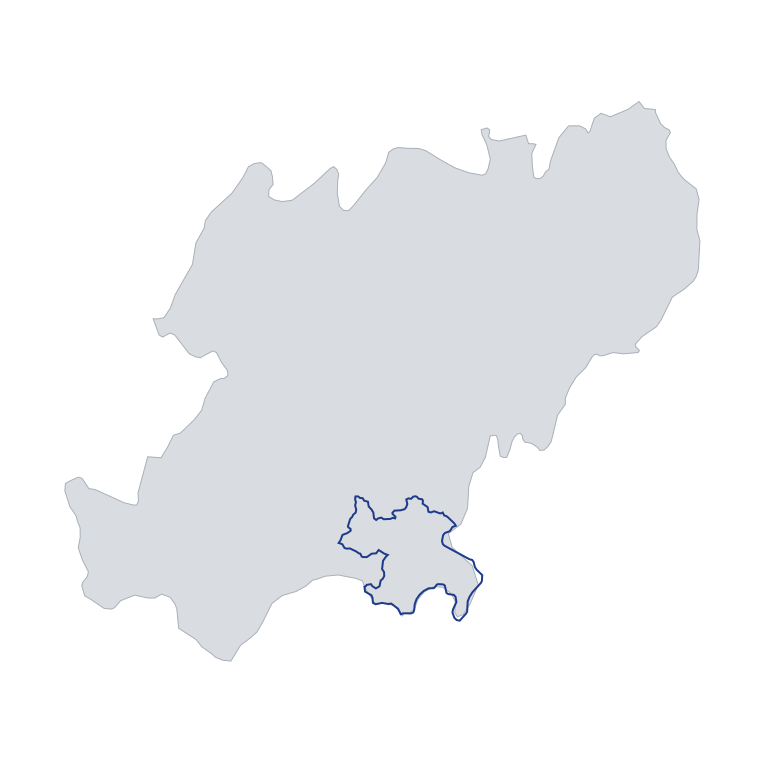 location of Borski within Republic of Serbia, rotated 87°
{"feature_id": "SRB-125", "entity_name": "Borski", "entity_type": "District", "adm_level": 1, "iso_a3": "SRB", "parent_name": "Republic of Serbia", "parent_adm1": "", "projection": "natural_earth1", "projection_center": [22.104, 44.305], "detail": "medium", "context": "in_parent", "style": "outline", "palette": "blue", "viewbox_px": 768, "rotation_deg": 87, "n_neighbors": 0, "source": "natural_earth", "source_scale": "10m", "svg_char_len": 5207}
<svg xmlns="http://www.w3.org/2000/svg" viewBox="0 0 768 768"><g transform="rotate(87 384 384)"><path d="M441.3,280.6L462.5,286.6L472.1,292.3L477.2,299.8L490.7,304.7L512.7,307.1L528.1,314.7L536.7,327.6L550.7,324.5L570.2,305.4L589.4,300.4L608.2,309.6L618.5,317.1L620.3,322.9L615.9,325.3L605.4,324.2L596.8,327.8L590.0,336.2L589.0,345.1L593.8,354.6L600.5,361.2L609.1,364.8L613.7,369.7L614.3,376.0L616.6,377.8L611.7,380.7L606.3,385.0L603.3,392.5L602.6,404.6L585.8,414.1L579.5,415.8L576.7,422.1L572.3,439.9L572.9,453.2L575.1,460.0L576.2,465.6L581.6,472.4L586.6,482.8L589.9,496.6L597.2,507.3L615.8,517.8L625.1,523.9L632.0,532.8L637.2,540.8L652.7,551.4L651.5,559.0L648.2,566.5L644.6,570.0L637.0,579.6L629.5,584.9L617.2,601.8L597.8,602.7L593.1,604.1L585.8,608.7L582.2,617.1L585.7,623.9L585.4,630.7L581.8,644.1L586.6,658.3L593.4,664.9L594.5,668.6L593.4,675.3L583.1,688.9L580.0,693.9L569.7,696.4L566.2,695.1L560.9,690.4L556.0,689.0L543.7,694.5L531.3,697.9L521.4,695.4L511.8,695.0L505.0,697.3L500.0,698.2L490.0,704.1L474.1,708.3L466.7,707.4L464.0,701.9L461.0,694.0L462.5,690.4L473.0,684.2L474.2,678.2L489.0,649.7L491.8,640.4L491.9,637.3L488.1,635.3L480.0,635.4L444.3,623.8L446.0,610.5L435.5,603.3L424.2,597.0L422.3,589.8L409.8,575.4L400.6,567.4L388.9,563.4L378.9,557.4L372.8,553.8L370.1,547.1L370.1,543.2L367.1,539.3L362.2,539.7L354.0,545.1L343.8,549.7L342.0,553.0L345.6,561.0L348.2,566.0L347.0,570.8L343.7,576.9L324.1,590.4L321.9,595.1L325.6,602.6L323.2,606.1L306.8,611.1L307.2,607.0L306.3,600.3L296.9,593.3L283.8,587.8L254.5,569.0L243.2,566.6L233.2,564.4L218.8,555.4L211.4,553.8L203.2,547.4L185.4,525.8L170.3,514.0L160.0,508.0L157.1,502.2L156.5,496.3L156.9,494.3L164.9,485.8L171.0,484.6L178.8,484.3L183.9,488.6L190.6,489.5L194.4,484.0L196.5,476.1L195.7,466.1L179.7,442.7L165.9,426.4L164.3,422.8L167.4,419.8L172.3,418.2L177.5,419.5L191.1,420.7L204.2,419.2L208.7,415.2L208.8,409.9L204.0,404.9L188.9,391.5L177.1,379.7L163.2,370.7L152.8,367.1L149.8,362.5L148.6,357.6L149.8,348.6L150.6,337.2L153.2,330.0L162.7,316.4L171.8,302.0L177.5,288.2L180.6,275.3L179.6,271.6L174.9,268.9L165.1,266.1L151.3,268.6L139.6,273.2L135.1,273.6L133.7,267.8L135.5,265.3L139.2,265.6L142.1,266.7L145.4,264.1L147.4,256.3L142.9,229.4L151.6,227.0L151.8,223.1L152.6,219.7L161.5,224.4L174.2,224.5L185.2,223.5L186.9,220.9L186.8,217.0L184.6,214.0L180.7,211.6L177.9,207.9L170.4,206.2L147.2,196.5L135.9,186.2L136.4,175.3L139.8,169.3L143.8,167.2L142.7,165.2L129.6,160.1L125.0,153.1L129.0,144.0L122.4,125.8L115.3,114.5L122.5,109.6L123.5,102.7L124.1,98.7L127.0,98.7L138.5,94.1L142.7,90.3L145.1,85.9L147.9,84.8L155.4,89.6L163.5,90.0L172.5,87.0L179.3,82.8L187.5,79.3L191.2,76.9L195.9,73.1L205.5,62.0L216.2,59.7L230.5,62.5L246.0,63.5L257.6,61.0L287.0,64.2L293.3,66.8L297.3,69.6L305.0,79.2L312.3,91.5L322.5,97.2L334.7,104.0L341.0,108.9L350.1,123.7L357.4,131.0L359.8,130.6L362.3,128.7L364.0,127.2L365.9,128.6L366.0,133.1L366.4,143.0L364.6,153.6L367.2,163.7L367.2,166.8L365.4,169.7L365.6,172.2L368.2,175.0L378.1,181.6L387.2,191.8L397.9,199.1L407.7,203.7L413.9,204.0L424.1,212.3L444.3,218.2L450.7,220.3L455.1,223.7L458.3,227.6L458.5,231.9L455.4,233.9L451.1,239.6L449.3,246.6L446.0,248.4L442.8,248.5L440.4,250.5L441.0,253.5L443.6,256.4L447.8,259.0L455.9,261.6L463.8,265.4L463.7,268.4L462.1,271.7L452.0,272.9L444.5,273.4L441.0,274.8L441.3,280.6Z" fill="#d9dde1" stroke="#a8b0b8" stroke-width="1"/><path d="M614.8,379.3L609.2,381.7L603.7,388.2L603.7,390.1L604.1,390.6L602.5,397.4L603.5,403.9L602.0,406.5L597.0,406.7L594.3,407.6L590.3,413.8L585.4,414.1L585.0,412.8L583.7,411.8L583.2,407.5L585.4,406.1L587.7,402.8L585.8,399.1L580.1,397.6L578.4,395.4L575.7,393.8L571.8,393.8L568.7,395.6L560.5,394.2L556.4,391.0L554.9,389.2L553.4,392.6L549.5,398.0L552.7,400.7L552.8,405.2L555.9,410.1L555.7,414.4L555.0,415.4L552.2,416.5L551.7,418.2L549.9,420.3L546.4,426.7L546.5,429.6L545.7,432.0L541.8,434.0L540.4,437.6L538.1,435.8L532.5,433.3L531.0,428.5L528.8,425.0L526.9,425.0L525.2,427.2L524.2,427.5L517.0,424.8L514.9,422.6L513.0,421.7L510.9,419.0L508.0,418.3L503.8,419.2L500.5,418.2L497.8,418.9L494.8,418.4L494.9,415.8L496.5,414.0L496.9,411.3L499.5,409.9L500.7,406.2L505.5,405.7L508.9,402.9L511.8,401.4L517.6,401.0L519.4,398.9L517.9,396.9L517.3,393.7L519.0,391.4L519.1,384.8L518.1,382.3L518.8,379.9L517.2,379.5L514.1,382.3L513.0,382.3L511.0,380.2L511.0,374.1L510.1,370.0L508.4,368.4L505.1,367.0L500.5,367.8L499.5,365.7L500.1,363.0L498.0,360.7L497.8,358.3L498.4,357.0L500.4,355.4L501.1,352.0L502.6,351.2L505.5,351.7L509.2,346.9L513.9,346.3L514.7,344.1L513.7,340.5L516.0,335.3L516.1,333.5L515.4,332.1L518.5,330.7L519.1,328.7L520.7,326.9L526.8,321.1L529.3,319.7L530.4,323.1L534.5,326.1L535.9,330.9L538.1,332.9L543.9,334.3L547.0,333.6L548.7,332.0L563.5,307.8L564.3,305.2L566.2,303.9L571.6,302.8L574.1,301.4L580.0,295.9L585.6,296.5L587.6,297.5L596.6,306.6L601.1,309.8L605.5,311.8L615.8,312.9L617.7,314.2L624.3,320.8L623.5,323.8L621.2,325.9L615.8,327.6L613.0,327.0L605.5,323.1L600.2,323.7L598.3,325.3L597.1,330.9L596.0,332.5L588.6,333.8L587.7,334.5L587.1,336.1L586.7,340.4L587.1,341.8L589.9,344.1L590.5,345.2L590.4,350.3L592.7,355.1L596.2,359.4L600.6,362.8L605.6,364.9L611.0,365.6L613.5,366.6L614.5,368.9L614.0,376.8L614.8,379.3Z" fill="none" stroke="#1e3a8a" stroke-width="2"/></g></svg>